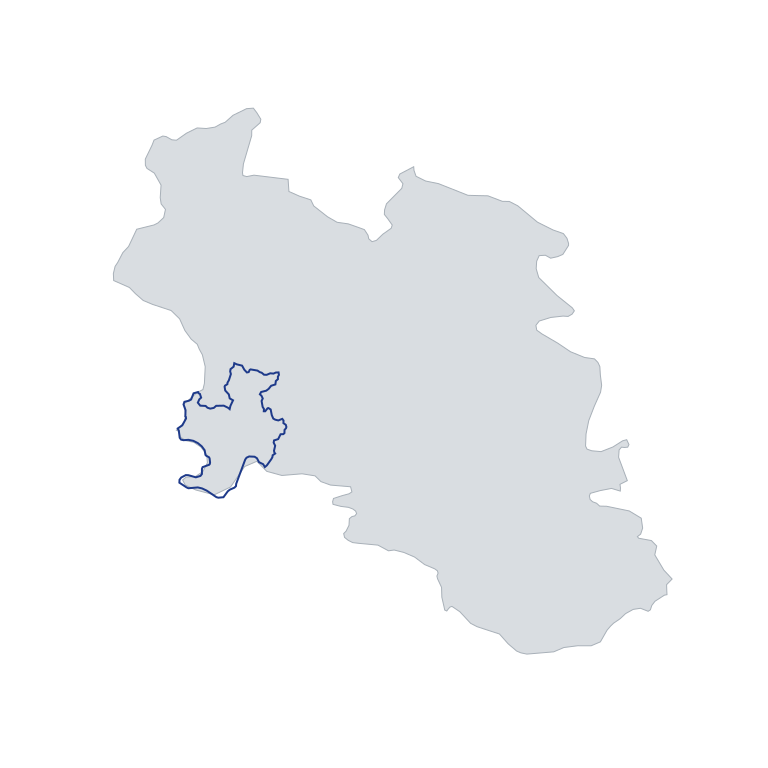 Borski highlighted on a map of Republic of Serbia, rotated 169°
{"feature_id": "SRB-125", "entity_name": "Borski", "entity_type": "District", "adm_level": 1, "iso_a3": "SRB", "parent_name": "Republic of Serbia", "parent_adm1": "", "projection": "natural_earth1", "projection_center": [22.104, 44.305], "detail": "medium", "context": "in_parent", "style": "outline", "palette": "blue", "viewbox_px": 768, "rotation_deg": 169, "n_neighbors": 0, "source": "natural_earth", "source_scale": "10m", "svg_char_len": 5223}
<svg xmlns="http://www.w3.org/2000/svg" viewBox="0 0 768 768"><g transform="rotate(169 384 384)"><path d="M436.4,289.5L455.8,295.0L464.5,300.2L469.2,307.0L481.6,311.5L501.7,313.7L515.7,320.6L523.6,332.4L536.5,329.6L554.3,312.2L571.8,307.6L589.0,315.9L598.4,322.8L600.0,328.2L596.0,330.3L586.4,329.3L578.5,332.6L572.4,340.3L571.5,348.5L575.8,357.1L581.9,363.1L589.8,366.4L594.0,371.0L594.6,376.7L596.6,378.3L592.2,381.0L587.3,384.9L584.5,391.8L583.8,402.8L568.5,411.5L562.8,413.1L560.2,418.8L556.2,435.1L556.7,447.3L558.7,453.5L559.7,458.6L564.7,464.8L569.2,474.4L572.2,487.0L578.9,496.7L596.0,506.3L604.4,511.9L610.7,520.0L615.5,527.3L629.6,537.1L628.6,544.0L625.5,550.8L622.3,554.0L615.3,562.8L608.5,567.7L597.2,583.1L579.5,584.0L575.2,585.2L568.5,589.4L565.2,597.1L568.4,603.3L568.1,609.6L564.9,621.8L569.2,634.8L575.5,640.8L576.5,644.2L575.4,650.3L566.1,662.7L563.2,667.3L553.8,669.6L550.6,668.4L545.7,664.2L541.2,662.9L530.0,667.9L518.6,671.0L509.7,668.7L500.8,668.4L494.7,670.4L490.0,671.2L480.9,676.6L466.4,680.5L459.6,679.7L457.1,674.6L454.4,667.4L455.7,664.1L465.4,658.4L466.5,653.0L480.0,626.9L482.6,618.4L482.7,615.6L479.2,613.8L471.8,613.8L439.1,603.2L440.6,591.1L431.1,584.5L420.7,578.7L419.0,572.2L407.6,559.0L399.2,551.7L388.5,548.0L379.3,542.6L373.8,539.3L371.3,533.1L371.3,529.5L368.6,526.0L364.1,526.4L356.5,531.3L347.2,535.5L345.6,538.5L348.9,545.8L351.3,550.4L350.2,554.8L347.2,560.4L329.2,572.7L327.2,577.0L330.6,583.9L328.4,587.1L313.4,591.6L313.8,587.9L312.9,581.8L304.4,575.3L292.3,570.3L265.6,553.2L255.3,550.9L246.1,548.9L232.9,540.7L226.2,539.3L218.7,533.4L202.5,513.6L188.6,502.9L179.2,497.4L176.6,492.1L176.0,486.7L176.4,484.8L183.7,477.1L189.2,475.9L196.4,475.7L201.0,479.6L207.2,480.4L210.7,475.4L212.6,468.2L211.8,459.0L197.2,437.7L184.6,422.8L183.2,419.5L186.0,416.7L190.4,415.2L195.2,416.5L207.6,417.5L219.6,416.2L223.7,412.6L223.8,407.7L219.5,403.1L205.6,390.9L194.8,380.1L182.1,371.8L172.6,368.5L169.9,364.3L168.8,359.9L169.9,351.6L170.6,341.2L173.0,334.6L181.7,322.2L190.0,309.0L195.2,296.4L198.0,284.6L197.1,281.3L192.8,278.8L183.8,276.2L171.3,278.5L160.6,282.7L156.4,283.0L155.1,277.8L156.8,275.5L160.1,275.8L162.9,276.7L165.8,274.4L167.7,267.3L163.6,242.7L171.5,240.5L171.7,236.9L172.5,233.8L180.6,238.1L192.1,238.1L202.3,237.3L203.8,234.9L203.7,231.3L201.7,228.6L198.1,226.4L195.6,223.0L188.8,221.5L167.5,212.6L157.1,203.2L157.6,193.2L160.7,187.7L164.4,185.8L163.4,184.0L151.4,179.3L147.2,172.9L150.8,164.6L144.8,147.9L138.4,137.6L144.9,133.1L145.9,126.8L146.4,123.2L149.1,123.2L159.5,119.0L163.4,115.5L165.6,111.5L168.1,110.5L175.0,114.9L182.4,115.2L190.7,112.5L196.9,108.6L204.3,105.4L207.7,103.2L212.0,99.8L220.8,89.6L230.6,87.5L243.7,90.1L257.8,91.0L268.5,88.7L295.3,91.6L301.0,94.0L304.8,96.6L311.7,105.3L318.4,116.6L327.8,121.8L338.9,128.0L344.6,132.5L353.0,146.0L359.7,152.7L361.9,152.4L364.2,150.6L365.7,149.2L367.5,150.5L367.6,154.6L367.9,163.7L366.3,173.4L368.6,182.6L368.7,185.4L367.0,188.0L367.2,190.4L369.5,192.9L378.6,199.0L387.0,208.3L396.7,214.9L405.7,219.1L411.4,219.4L420.7,227.0L439.1,232.4L445.0,234.3L449.0,237.4L452.0,241.0L452.1,244.9L449.3,246.8L445.3,252.0L443.7,258.4L440.7,260.0L437.8,260.1L435.6,262.0L436.1,264.7L438.5,267.3L442.4,269.7L449.7,272.1L457.0,275.6L456.9,278.3L455.4,281.3L446.2,282.4L439.3,282.9L436.1,284.2L436.4,289.5Z" fill="#d9dde1" stroke="#a8b0b8" stroke-width="1"/><path d="M595.0,379.7L589.9,381.9L584.9,387.9L584.8,389.6L585.2,390.1L583.8,396.2L584.7,402.2L583.3,404.6L578.7,404.8L576.3,405.6L572.7,411.2L568.1,411.6L567.8,410.3L566.6,409.4L566.1,405.5L568.2,404.2L570.3,401.2L568.5,397.8L563.3,396.5L561.8,394.4L559.3,393.0L555.7,393.0L552.9,394.6L545.4,393.3L541.6,390.4L540.3,388.8L538.9,391.9L535.3,396.8L538.2,399.3L538.3,403.4L541.1,407.9L541.0,411.8L540.4,412.7L537.8,413.7L537.3,415.3L535.6,417.2L532.4,423.0L532.6,425.7L531.8,427.9L528.3,429.7L527.0,433.0L524.8,431.4L519.8,429.1L518.4,424.7L516.4,421.5L514.6,421.5L513.1,423.5L512.2,423.8L505.6,421.3L503.6,419.3L501.9,418.4L500.0,416.0L497.4,415.4L493.6,416.2L490.5,415.3L488.0,415.9L485.3,415.5L485.4,413.0L486.8,411.4L487.2,409.0L489.6,407.6L490.7,404.3L495.1,403.8L498.2,401.2L500.9,399.9L506.1,399.6L507.8,397.6L506.5,395.8L505.8,392.9L507.4,390.7L507.5,384.7L506.6,382.4L507.2,380.2L505.8,379.9L502.9,382.4L502.0,382.4L500.1,380.6L500.1,374.9L499.3,371.2L497.7,369.8L494.7,368.4L490.5,369.2L489.6,367.3L490.2,364.8L488.2,362.7L488.0,360.5L488.6,359.3L490.4,357.9L491.1,354.8L492.4,354.0L495.1,354.4L498.4,350.1L502.7,349.6L503.5,347.5L502.6,344.2L504.7,339.5L504.7,337.8L504.1,336.5L506.9,335.3L507.5,333.5L508.9,331.8L514.5,326.5L516.8,325.2L517.9,328.3L521.6,331.1L522.9,335.4L524.9,337.3L530.2,338.6L533.0,337.9L534.6,336.4L548.1,314.3L548.8,312.0L550.6,310.8L555.5,309.7L557.8,308.5L563.2,303.5L568.3,304.0L570.1,304.9L578.4,313.2L582.5,316.2L586.5,318.0L595.9,319.0L597.6,320.2L603.7,326.2L603.0,329.0L600.9,330.9L595.9,332.4L593.4,331.8L586.5,328.3L581.7,328.8L579.9,330.4L578.9,335.5L577.9,337.0L571.0,338.1L570.2,338.8L569.7,340.2L569.4,344.2L569.7,345.4L572.2,347.5L572.8,348.5L572.7,353.2L574.8,357.6L578.0,361.5L582.0,364.6L586.6,366.5L591.5,367.1L593.8,368.1L594.8,370.2L594.3,377.4L595.0,379.7Z" fill="none" stroke="#1e3a8a" stroke-width="2"/></g></svg>